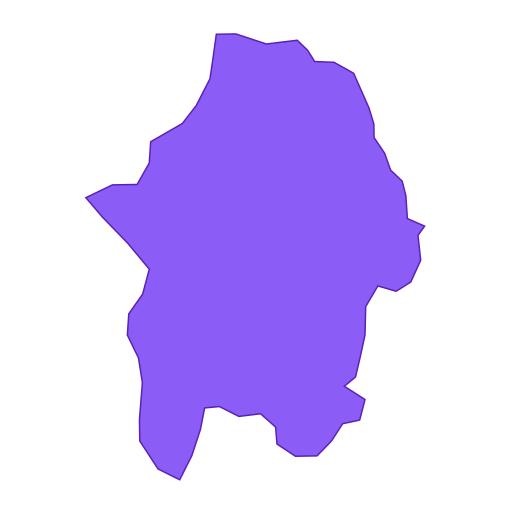 Kalo Chorio Kapouti, Cyprus (orthographic projection), rotated 269°
{"feature_id": "46923920B84708400671300", "entity_name": "Kalo Chorio Kapouti", "entity_type": "district", "adm_level": 2, "iso_a3": "CYP", "parent_name": "Cyprus", "parent_adm1": "", "projection": "orthographic", "projection_center": [33.028, 35.241], "detail": "fine", "context": "isolated", "style": "filled", "palette": "violet", "viewbox_px": 512, "rotation_deg": 269, "n_neighbors": 0, "source": "geoboundaries", "source_scale": "gbopen_adm2", "svg_char_len": 935}
<svg xmlns="http://www.w3.org/2000/svg" viewBox="0 0 512 512"><g transform="rotate(269 256 256)"><path d="M282.9,425.1L290.8,408.0L313.5,406.9L328.2,403.5L339.5,392.1L356.5,386.4L372.4,376.1L386.0,376.1L401.9,371.6L415.5,365.9L437.0,356.8L448.3,337.4L449.4,318.1L460.8,311.2L471.0,301.0L467.8,270.0L478.4,239.7L478.4,220.2L455.3,216.6L434.1,213.1L407.5,198.9L389.8,184.7L372.1,152.7L350.9,150.9L329.6,138.4L329.6,113.6L325.0,103.6L317.3,86.9L297.8,102.9L271.2,127.8L244.7,149.1L219.9,142.0L200.4,127.8L179.2,126.0L156.2,136.7L131.4,140.2L94.3,136.6L73.0,136.6L44.7,154.4L33.6,175.8L57.4,188.3L83.5,197.4L105.0,202.0L106.1,216.8L95.9,236.1L98.2,257.8L84.6,272.6L67.6,273.7L55.1,291.9L55.1,313.5L69.8,328.3L86.8,339.7L90.2,356.8L110.6,362.5L124.2,342.0L133.3,353.4L155.9,359.1L175.2,363.6L203.5,364.8L223.9,377.3L218.3,395.5L227.3,410.3L248.9,420.6L273.8,418.3L282.9,425.1Z" fill="#8b5cf6" stroke="#5b21b6" stroke-width="1.5"/></g></svg>